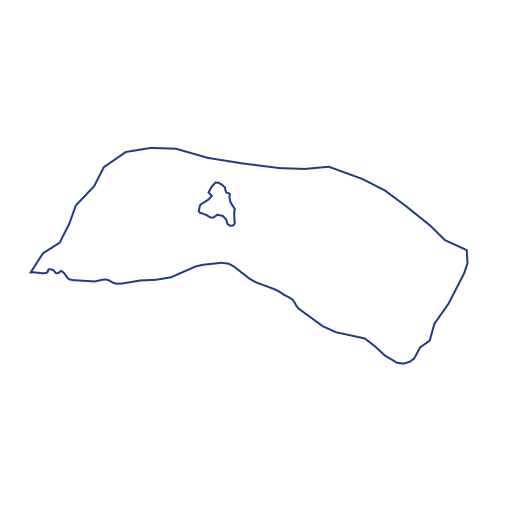 outline of North-East, rotated 117°
{"feature_id": "BWA-4853", "entity_name": "North-East", "entity_type": "District", "adm_level": 1, "iso_a3": "BWA", "parent_name": "Botswana", "parent_adm1": "", "projection": "natural_earth1", "projection_center": [27.629, -21.012], "detail": "fine", "context": "isolated", "style": "outline", "palette": "blue", "viewbox_px": 512, "rotation_deg": 117, "n_neighbors": 0, "source": "natural_earth", "source_scale": "10m", "svg_char_len": 1497}
<svg xmlns="http://www.w3.org/2000/svg" viewBox="0 0 512 512"><g transform="rotate(117 256 256)"><path d="M176.9,62.7L211.1,62.8L235.3,66.3L252.5,62.8L263.0,68.3L275.2,68.5L280.5,71.0L284.9,75.6L287.1,81.9L286.2,96.1L282.5,108.7L280.1,121.6L287.6,150.0L288.3,164.4L283.7,193.4L282.1,197.4L279.9,200.5L278.2,203.8L277.8,208.5L277.9,212.6L277.1,220.6L277.2,224.1L279.5,244.2L279.1,251.8L275.4,270.8L275.3,277.0L277.8,283.8L288.2,299.7L292.8,305.1L313.7,322.2L322.7,334.5L330.4,348.1L341.2,362.6L344.0,367.7L344.7,370.6L344.5,376.2L345.0,378.9L347.0,382.2L351.9,388.1L360.8,408.6L361.6,412.3L360.6,415.1L358.3,419.4L357.7,422.8L358.7,423.5L360.9,424.2L362.1,426.3L360.5,430.9L361.7,434.4L363.2,434.8L364.9,434.4L366.9,435.8L368.5,438.8L371.2,446.1L372.9,449.3L350.4,447.1L333.3,437.0L312.0,437.0L292.8,439.5L267.2,431.9L245.9,431.9L222.4,419.2L207.5,398.9L196.8,376.1L190.4,343.2L179.7,310.2L166.9,274.7L156.2,251.9L143.4,231.6L139.1,196.2L139.1,170.8L143.4,145.5L149.7,115.1L156.1,94.8L155.1,70.9L166.4,64.3L176.9,62.7ZM236.7,328.8L241.9,327.4L243.0,325.2L242.4,322.7L242.0,318.6L242.4,314.2L241.2,311.5L238.3,310.0L236.7,309.0L235.4,303.7L237.2,298.8L240.5,295.8L240.8,292.7L239.0,290.0L236.4,289.8L233.6,291.6L227.0,295.3L223.7,296.2L221.4,300.4L219.6,303.2L215.7,306.4L212.7,307.4L212.5,308.6L212.9,311.3L211.2,313.2L209.1,314.6L208.0,318.3L207.7,322.7L209.0,325.4L214.1,326.9L220.8,327.2L222.5,322.7L227.1,323.9L235.4,328.7L236.7,328.8Z" fill="none" stroke="#1e3a8a" stroke-width="2"/></g></svg>